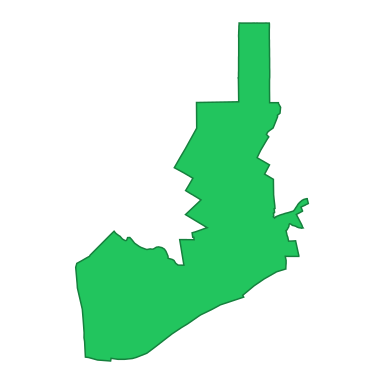 Pietrosani, Teleorman, Romania
{"feature_id": "2599482B72928006157347", "entity_name": "Pietrosani", "entity_type": "district", "adm_level": 2, "iso_a3": "ROU", "parent_name": "Romania", "parent_adm1": "Teleorman", "projection": "albers", "projection_center": [25.643, 43.732], "detail": "fine", "context": "isolated", "style": "filled", "palette": "green", "viewbox_px": 384, "rotation_deg": 0, "n_neighbors": 0, "source": "geoboundaries", "source_scale": "gbopen_adm2", "svg_char_len": 4969}
<svg xmlns="http://www.w3.org/2000/svg" viewBox="0 0 384 384"><path d="M84.1,332.6L84.1,333.1L84.0,337.7L84.6,341.5L85.4,357.1L88.5,357.5L97.5,360.0L110.6,361.0L111.1,358.3L113.7,358.7L117.9,359.3L124.7,359.3L132.5,358.5L133.1,358.3L136.3,357.4L146.9,353.2L155.4,346.8L164.0,340.1L172.0,333.9L181.6,327.5L187.7,323.8L198.2,316.5L200.6,314.9L212.3,309.2L219.2,305.5L220.2,304.9L231.4,301.2L243.7,297.1L242.7,295.3L254.1,285.8L264.2,278.9L276.6,271.8L285.6,269.0L285.8,269.0L285.8,268.4L285.9,266.0L286.1,263.4L286.1,262.3L286.1,261.3L286.1,260.2L285.8,259.0L285.3,256.3L290.0,256.4L298.8,256.4L298.8,255.8L298.8,255.4L298.3,253.3L297.8,251.0L297.4,249.1L296.8,246.4L296.2,243.6L295.7,241.4L295.6,240.8L294.4,240.9L290.5,241.1L288.6,241.1L288.0,238.3L287.8,237.2L287.0,235.2L286.7,233.6L286.4,232.2L286.0,230.6L286.4,230.4L286.6,230.2L286.9,230.0L287.1,229.7L287.4,229.2L287.9,228.3L288.1,227.8L288.6,227.1L288.7,226.8L288.9,226.2L289.0,225.6L289.0,225.1L289.1,224.5L289.2,224.3L289.3,224.1L289.5,223.8L289.8,223.7L290.0,223.8L290.4,223.9L290.7,224.1L291.3,224.5L291.8,224.9L292.3,225.3L292.5,225.4L292.8,225.5L294.0,225.7L294.4,225.8L295.1,226.1L295.5,226.2L296.2,226.5L296.6,226.8L297.0,227.0L297.6,227.3L298.0,227.4L299.2,227.8L299.6,227.8L300.4,227.9L301.2,228.1L301.6,228.2L301.9,228.1L303.1,227.9L302.7,227.4L302.6,227.2L302.4,226.6L302.2,226.0L301.8,225.0L301.7,224.8L301.0,223.4L298.7,219.0L297.8,217.3L296.6,214.9L296.3,214.5L296.4,214.4L296.8,214.2L299.2,213.0L299.3,212.8L299.5,212.8L301.7,211.6L301.8,211.6L302.5,211.2L302.5,210.7L302.3,210.4L301.9,209.3L301.0,207.2L301.8,206.7L303.5,205.9L305.3,205.1L305.4,204.9L307.8,203.8L307.9,203.7L308.0,203.7L308.3,203.5L308.2,203.2L308.1,202.6L307.8,201.3L307.5,200.2L307.2,198.9L307.2,198.7L306.5,198.7L306.4,198.8L305.3,199.0L303.6,199.5L302.6,200.1L302.1,200.3L301.7,200.7L301.3,201.0L300.6,201.6L300.2,201.9L299.5,202.7L298.7,203.4L298.2,204.1L298.0,204.3L297.4,205.3L297.1,205.8L296.9,206.1L296.8,206.3L296.4,206.9L296.0,207.3L295.8,207.7L295.8,207.8L295.4,208.3L295.4,208.5L294.9,209.1L294.6,209.6L294.2,210.1L293.8,210.6L293.5,210.9L293.4,211.0L293.2,211.1L292.4,211.3L292.1,211.4L290.9,211.8L290.2,212.0L289.0,212.4L288.3,212.6L287.7,212.8L287.1,212.9L286.3,213.1L285.1,213.4L284.5,213.6L284.3,213.7L283.1,214.1L282.5,214.3L282.2,214.4L281.6,214.5L280.9,214.8L280.5,214.9L279.5,215.2L279.4,215.3L278.7,215.6L278.1,215.8L277.1,216.2L276.4,216.5L276.1,216.6L276.2,216.8L274.5,218.0L273.7,216.6L273.4,216.8L273.3,216.5L273.7,216.2L273.7,215.5L273.4,213.3L273.4,213.1L273.5,213.0L273.6,212.9L274.4,212.8L274.5,212.7L274.6,212.3L274.1,208.8L274.2,208.7L274.4,208.6L275.0,208.5L274.9,207.4L274.8,205.7L274.1,199.7L273.6,194.6L273.6,193.5L273.5,187.2L273.4,179.3L264.6,174.1L269.5,164.9L259.3,159.0L257.4,157.9L257.1,157.6L260.6,150.4L265.2,142.6L267.4,138.9L268.8,136.9L266.4,134.4L267.7,132.1L269.6,130.5L271.9,128.9L273.1,128.0L275.8,121.3L277.6,116.7L277.4,115.3L280.0,113.2L280.6,107.3L278.5,103.6L278.4,102.7L273.5,102.7L269.6,102.7L269.6,99.4L269.5,89.1L269.5,80.4L269.6,78.5L269.7,77.3L269.7,75.8L269.7,73.7L269.7,70.6L269.6,67.4L269.6,64.6L269.6,61.8L269.6,60.4L269.6,58.7L269.5,56.1L269.5,52.8L269.5,51.6L269.5,49.3L269.5,49.1L269.4,46.1L269.4,44.4L269.4,41.7L269.4,40.1L269.3,38.9L269.3,37.5L269.3,35.2L269.3,33.9L269.3,31.9L269.3,29.8L269.4,27.1L269.4,25.3L269.4,23.9L269.3,23.1L267.7,23.1L266.2,23.0L265.3,23.0L264.5,23.1L263.0,23.1L262.2,23.1L260.9,23.1L259.2,23.1L256.6,23.0L255.8,23.1L254.1,23.0L253.4,23.0L251.5,23.1L250.1,23.1L247.9,23.1L246.3,23.1L245.2,23.1L243.9,23.1L241.4,23.1L239.7,23.0L239.1,23.0L239.1,24.4L239.0,25.2L238.9,26.4L238.9,28.2L238.8,30.5L238.7,32.2L238.7,34.1L238.6,34.8L238.6,36.3L238.7,38.2L238.7,38.7L238.7,38.9L238.7,55.2L238.7,55.4L238.7,55.7L238.6,57.2L238.6,59.6L238.6,62.7L238.6,65.1L238.6,67.7L238.6,70.6L238.5,72.8L238.5,76.1L238.5,76.8L238.5,77.2L238.4,77.3L238.4,77.5L238.2,77.6L238.2,77.8L238.2,78.0L238.2,78.3L238.4,78.5L238.5,85.5L238.7,101.8L196.5,102.5L196.7,128.2L185.4,148.6L179.9,157.9L174.3,167.7L183.7,172.8L192.9,178.2L188.6,185.6L185.6,190.6L190.2,193.4L196.3,197.0L201.0,199.9L197.9,202.9L191.0,209.4L185.5,214.6L188.5,216.4L195.1,220.4L202.8,225.0L207.2,227.7L204.4,228.6L200.9,229.9L195.5,231.8L192.1,232.8L192.7,237.2L193.8,237.2L194.1,239.7L179.7,239.6L183.9,265.2L178.1,265.1L175.7,263.3L174.0,260.5L173.1,259.9L172.1,259.4L168.1,258.3L168.0,256.1L165.9,251.2L164.4,249.1L161.9,247.6L158.6,246.9L156.4,247.2L153.4,249.0L152.2,249.2L150.2,248.9L147.0,249.5L146.0,249.3L141.0,247.4L139.0,246.3L134.6,243.2L131.7,239.5L129.8,237.5L127.6,237.6L126.8,239.9L126.2,240.5L125.2,240.6L122.5,239.1L120.7,237.1L120.4,236.6L120.2,236.4L119.0,235.7L116.4,233.8L115.4,232.9L114.8,232.1L114.5,231.7L114.4,231.5L114.1,231.2L111.0,234.2L109.6,235.6L90.2,255.1L89.5,256.3L86.2,258.1L81.2,261.0L76.8,263.4L76.4,264.9L75.7,267.3L76.9,281.0L77.2,284.5L77.4,288.0L80.1,299.7L82.3,309.2L83.2,320.1L84.1,332.6Z" fill="#22c55e" stroke="#15803d" stroke-width="1.5"/></svg>